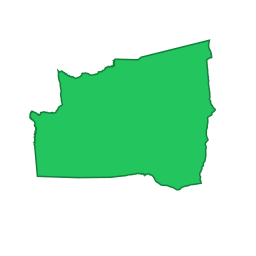 Yaví, Jujuy, Argentina (Natural Earth projection), rotated 347°
{"feature_id": "61730980B17407958230561", "entity_name": "Yaví", "entity_type": "district", "adm_level": 2, "iso_a3": "ARG", "parent_name": "Argentina", "parent_adm1": "Jujuy", "projection": "natural_earth1", "projection_center": [-65.741, -22.313], "detail": "fine", "context": "isolated", "style": "filled", "palette": "green", "viewbox_px": 256, "rotation_deg": 347, "n_neighbors": 0, "source": "geoboundaries", "source_scale": "gbopen_adm2", "svg_char_len": 5551}
<svg xmlns="http://www.w3.org/2000/svg" viewBox="0 0 256 256"><g transform="rotate(347 128 128)"><path d="M186.8,198.3L186.7,197.9L187.0,196.3L187.0,195.8L186.4,195.0L187.6,192.1L187.6,191.4L187.2,190.4L187.6,188.8L188.2,187.6L189.0,187.2L189.3,186.6L189.6,185.8L190.2,185.4L190.6,184.9L191.0,183.8L191.2,182.9L191.4,182.4L191.6,182.2L192.6,182.0L193.2,180.8L193.4,179.5L193.7,178.9L194.9,178.1L195.6,177.3L196.2,175.6L196.5,175.2L197.6,172.4L197.8,171.8L197.9,170.6L198.4,169.0L198.5,167.7L198.7,167.0L199.5,165.5L199.8,164.2L199.9,163.0L199.6,162.2L199.9,160.4L200.2,159.9L201.0,159.5L201.5,158.8L203.1,157.9L203.3,157.3L203.3,156.7L202.8,155.1L202.8,153.1L202.7,152.6L202.8,152.0L204.0,147.5L205.4,145.2L205.5,144.9L205.6,143.5L206.1,142.4L206.5,141.9L207.5,138.6L207.8,135.8L208.5,135.3L212.5,134.1L213.4,132.1L213.8,131.7L214.7,131.6L215.4,131.1L216.2,130.8L216.9,130.3L217.1,129.3L215.6,127.3L215.2,125.3L214.5,123.8L214.1,122.4L214.0,121.8L214.3,121.5L214.6,120.6L214.3,120.1L213.8,118.2L213.9,117.8L214.5,117.1L214.7,116.5L215.4,112.6L215.6,111.7L216.0,105.8L216.3,103.8L216.2,103.1L217.3,100.0L217.3,98.6L217.2,98.0L217.3,97.5L217.8,96.6L217.8,96.0L217.7,95.7L217.6,94.6L217.9,94.0L218.1,91.9L218.4,90.7L218.5,89.7L218.8,88.4L218.9,86.3L219.9,80.0L220.2,79.2L221.6,78.6L222.1,78.6L222.6,78.3L224.1,78.0L224.8,78.2L225.4,78.1L225.8,74.5L225.7,72.1L225.4,70.5L225.2,70.1L224.9,68.9L224.9,66.6L225.2,65.2L225.4,64.6L227.1,60.8L156.7,62.0L153.1,63.8L131.1,58.1L130.5,58.2L130.3,58.4L130.1,58.5L130.0,58.8L129.8,58.8L129.6,59.1L129.8,59.5L129.3,59.4L129.5,59.7L129.2,60.3L129.1,60.7L128.8,60.6L128.7,60.9L129.2,61.7L128.8,61.9L128.5,61.8L128.5,62.0L128.8,62.1L128.4,62.1L128.3,62.5L128.6,62.6L128.6,62.3L128.9,62.5L129.0,62.7L128.8,62.9L129.0,63.1L129.0,63.4L128.5,63.8L128.3,63.7L128.1,64.0L128.4,64.2L128.0,64.5L127.4,64.4L127.3,64.7L126.8,64.8L126.8,64.4L126.4,64.5L126.4,63.9L125.8,64.2L125.4,64.1L125.3,64.3L124.4,64.1L123.9,64.5L123.5,64.1L123.2,63.7L122.9,63.6L122.2,63.9L121.5,63.8L121.2,64.4L121.0,64.5L120.2,64.2L119.6,64.3L118.9,65.2L117.7,66.3L116.3,66.3L115.8,66.5L115.5,66.8L114.9,67.2L114.1,66.9L113.1,67.0L111.9,66.7L111.6,66.9L111.3,67.9L110.9,68.2L109.4,68.4L107.5,68.3L106.0,68.5L104.9,68.4L103.1,67.9L102.5,67.4L101.6,66.2L101.0,65.8L99.8,65.4L99.1,64.9L98.5,64.8L97.4,65.0L96.1,64.4L95.6,64.5L95.4,64.7L95.5,65.1L95.4,65.5L95.0,65.9L94.3,66.1L93.6,67.2L92.3,67.2L91.0,67.7L90.3,67.6L88.5,67.9L87.9,67.9L87.4,67.3L87.1,67.3L86.6,67.0L86.6,66.7L86.3,66.4L85.9,65.9L85.8,65.6L85.1,65.8L84.8,65.5L84.3,65.5L83.9,64.8L83.3,64.9L82.9,64.6L82.3,64.0L82.3,63.8L81.9,63.9L81.7,63.7L81.5,63.4L81.0,63.3L81.0,63.0L80.7,62.9L80.5,62.5L80.6,62.2L80.2,61.6L79.9,61.3L79.4,61.5L79.3,61.3L79.2,61.3L79.2,61.0L78.8,60.7L78.6,59.8L78.2,59.6L78.1,59.8L77.8,59.7L77.6,59.3L77.3,59.0L77.1,58.5L76.6,58.1L76.6,57.9L76.5,57.7L76.1,57.7L75.9,57.6L75.0,58.0L74.6,58.0L73.8,57.9L72.8,56.4L72.8,57.7L72.5,59.0L72.3,60.4L71.8,62.0L71.6,66.3L71.9,67.5L72.0,69.2L71.7,70.5L71.5,71.9L71.3,74.5L71.3,76.5L70.8,78.1L70.1,79.4L69.7,81.6L69.8,83.6L69.3,86.5L69.2,88.0L69.4,88.9L69.3,90.4L68.8,91.0L67.6,91.1L66.9,91.5L66.4,91.6L65.7,92.1L65.0,92.2L64.9,92.4L64.9,92.7L64.6,92.9L64.3,93.9L64.0,94.1L63.5,94.0L63.4,94.3L63.1,94.6L63.0,94.9L62.7,95.1L61.9,95.4L61.2,96.5L60.5,96.7L59.5,96.6L58.6,96.8L58.1,96.3L57.7,96.5L57.6,96.0L57.2,96.0L56.8,95.7L56.4,95.9L55.9,95.8L55.1,95.9L53.9,95.4L52.9,94.6L52.0,94.6L51.1,94.3L50.6,93.6L49.9,93.7L49.3,93.3L48.5,93.4L48.0,93.7L47.4,93.6L47.0,93.2L46.4,93.4L46.1,94.1L45.6,94.6L45.6,95.2L45.2,95.4L44.6,95.4L44.4,95.7L44.2,95.7L43.9,94.8L43.6,95.1L43.4,95.0L43.2,94.4L42.6,93.9L42.4,93.4L41.7,92.5L40.4,91.7L38.7,90.3L38.1,90.0L37.7,90.2L37.4,90.5L37.6,91.1L37.6,91.3L37.3,91.4L36.7,91.2L36.6,91.6L36.2,91.9L35.6,92.9L35.9,93.2L35.9,93.5L35.1,94.5L35.0,94.8L35.1,95.4L34.9,95.6L35.0,95.8L35.4,95.8L35.5,96.0L35.5,96.3L35.3,96.6L35.8,96.7L35.9,96.9L35.9,97.1L35.5,97.2L35.6,97.6L36.2,97.7L36.4,98.5L37.1,98.7L37.2,99.4L37.9,100.1L38.4,101.2L38.6,102.6L38.2,103.1L38.1,103.8L37.5,104.1L37.5,104.7L37.5,104.9L37.8,104.9L38.0,105.1L37.8,105.7L38.3,106.5L38.0,107.2L38.2,107.4L38.5,107.4L38.5,107.9L38.6,108.2L38.4,108.3L38.0,108.2L37.8,108.5L37.9,109.9L37.5,110.0L37.0,110.0L36.6,110.8L37.1,111.5L36.9,112.0L37.2,112.2L37.1,112.4L36.7,112.7L36.4,112.4L35.9,112.3L35.8,112.7L36.0,113.0L36.0,113.4L35.9,113.5L35.5,113.1L35.3,113.2L35.3,113.4L35.6,113.8L35.7,114.4L35.9,114.6L35.7,115.3L34.9,115.5L35.0,116.0L34.7,116.1L34.9,116.6L34.8,116.9L35.0,117.5L35.2,117.9L34.9,118.1L34.5,118.0L34.4,118.2L34.6,118.9L34.3,119.2L34.4,120.1L33.8,120.3L34.0,120.8L33.7,120.9L33.5,121.3L33.3,121.3L33.7,121.9L33.4,122.3L33.4,122.5L33.0,122.8L32.9,123.0L33.1,124.3L28.9,154.7L68.0,165.1L99.9,172.1L111.5,173.4L114.8,173.9L118.2,173.7L120.5,174.2L126.3,174.5L126.7,174.3L130.3,175.6L130.9,175.5L131.1,175.9L131.4,175.6L132.0,176.1L132.3,176.0L132.5,176.1L132.4,176.4L132.8,176.7L133.1,177.3L133.2,176.9L133.4,176.8L133.7,177.2L134.1,177.1L134.3,177.5L134.5,177.7L135.1,177.3L135.9,177.4L136.6,177.1L137.5,177.2L137.9,177.3L138.6,178.4L138.8,178.5L139.3,178.5L139.9,178.9L141.0,179.9L141.4,180.5L141.8,181.3L142.5,183.5L142.7,184.8L143.4,186.6L143.8,187.2L145.0,188.0L145.5,188.8L147.4,190.9L148.2,191.3L153.7,193.0L156.2,195.0L158.1,195.9L159.0,196.6L160.6,198.0L161.1,198.7L161.7,199.1L162.6,199.5L163.7,199.4L164.4,199.6L167.1,197.9L169.4,197.6L171.5,197.6L173.4,197.8L174.4,197.5L175.5,197.5L177.0,197.3L178.0,197.6L180.5,197.9L181.6,197.8L182.4,198.1L183.4,198.0L186.8,198.3Z" fill="#22c55e" stroke="#15803d" stroke-width="1.5"/></g></svg>